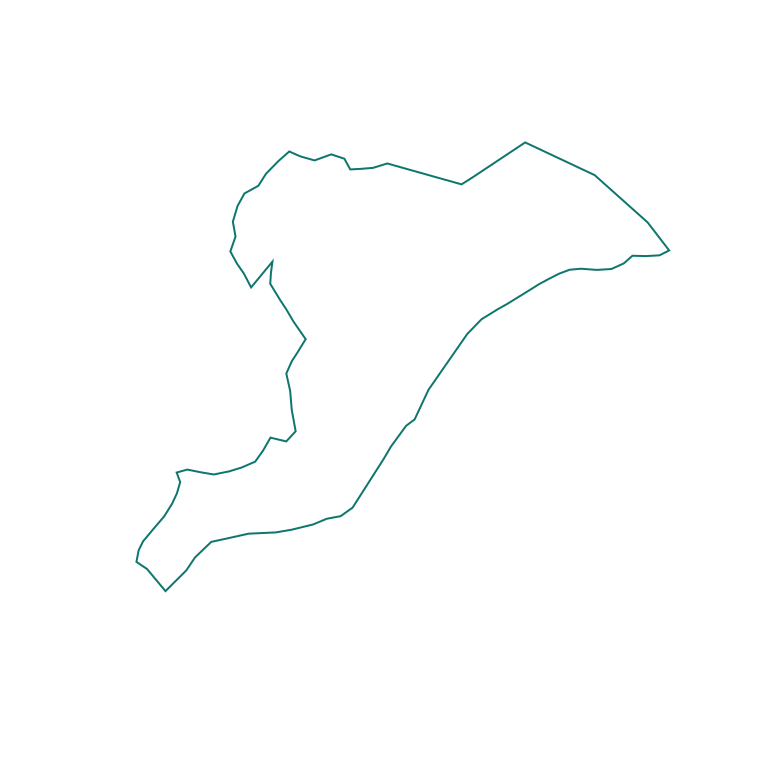 Propriá, Sergipe, Brazil (Albers equal-area conic projection), rotated 114°
{"feature_id": "56859067B53769689162017", "entity_name": "Propriá", "entity_type": "district", "adm_level": 2, "iso_a3": "BRA", "parent_name": "Brazil", "parent_adm1": "Sergipe", "projection": "albers", "projection_center": [-36.788, -10.237], "detail": "fine", "context": "isolated", "style": "outline", "palette": "teal", "viewbox_px": 768, "rotation_deg": 114, "n_neighbors": 0, "source": "geoboundaries", "source_scale": "gbopen_adm2", "svg_char_len": 1258}
<svg xmlns="http://www.w3.org/2000/svg" viewBox="0 0 768 768"><g transform="rotate(114 384 384)"><path d="M598.5,477.6L575.8,446.8L563.7,422.7L554.9,409.4L541.2,391.7L530.4,381.5L522.4,369.9L509.7,362.4L452.4,353.8L438.3,352.2L413.2,346.8L403.8,341.6L371.2,341.0L304.5,328.3L285.1,321.2L268.7,310.0L261.0,304.2L239.9,289.8L229.5,282.8L221.1,276.3L212.1,269.0L204.1,260.9L198.6,251.0L193.2,236.0L186.5,223.1L176.3,214.0L165.8,209.2L160.5,196.5L154.4,184.7L146.0,177.8L129.2,208.8L107.5,276.5L105.9,353.3L159.5,387.3L170.1,394.4L181.2,470.7L191.0,481.9L197.0,492.9L201.7,502.1L194.3,511.8L195.7,525.6L208.0,538.4L210.1,553.2L210.1,565.1L223.2,571.1L239.9,577.3L254.0,579.4L266.7,589.0L281.0,590.2L297.2,588.1L309.7,579.6L325.4,578.3L333.8,567.3L340.1,556.9L349.8,544.7L317.6,535.7L328.7,532.4L338.7,528.7L349.6,512.9L355.5,503.7L363.9,491.9L374.9,473.8L390.7,475.9L400.5,477.5L414.2,477.5L428.5,466.9L445.1,457.8L463.1,445.5L476.2,449.9L479.2,465.9L494.0,467.4L507.3,470.1L518.3,480.2L526.7,489.8L535.9,502.7L539.2,515.6L542.2,528.9L549.2,537.4L556.5,530.3L568.0,528.7L579.7,528.9L594.4,531.0L608.9,535.3L625.7,540.1L635.7,540.5L647.2,537.8L649.4,525.2L662.1,499.4L634.7,488.8L619.3,486.1L598.5,477.6Z" fill="none" stroke="#0f766e" stroke-width="2"/></g></svg>